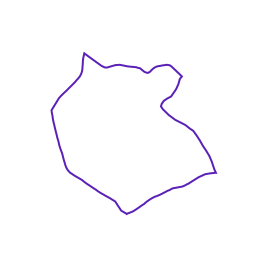 outline of Sibah, Abyan, Yemen, rotated 146°
{"feature_id": "15242507B86075085818798", "entity_name": "Sibah", "entity_type": "district", "adm_level": 2, "iso_a3": "YEM", "parent_name": "Yemen", "parent_adm1": "Abyan", "projection": "natural_earth1", "projection_center": [45.411, 13.815], "detail": "fine", "context": "isolated", "style": "outline", "palette": "violet", "viewbox_px": 256, "rotation_deg": 146, "n_neighbors": 0, "source": "geoboundaries", "source_scale": "gbopen_adm2", "svg_char_len": 2505}
<svg xmlns="http://www.w3.org/2000/svg" viewBox="0 0 256 256"><g transform="rotate(146 128 128)"><path d="M115.5,49.0L112.0,48.4L110.3,48.4L109.7,48.1L96.9,47.7L89.8,46.5L85.8,44.7L83.3,43.4L80.7,42.1L80.2,41.7L79.9,43.3L79.6,45.2L77.3,53.5L76.2,59.4L76.1,61.5L75.9,65.5L75.9,71.4L75.4,77.5L75.4,78.8L75.3,83.5L75.5,89.2L77.1,93.1L78.8,98.5L81.3,103.0L84.3,108.4L86.9,115.8L88.6,123.9L88.6,127.5L86.6,129.1L83.1,130.5L78.9,130.5L74.7,130.0L70.9,131.5L69.3,132.1L66.0,133.5L61.7,136.2L57.7,139.6L54.5,140.6L54.9,142.6L55.3,144.6L55.8,146.7L56.2,148.7L56.7,150.8L57.1,152.7L57.6,154.8L58.3,156.6L59.6,157.9L61.0,159.0L62.6,159.7L64.6,160.7L66.4,161.4L68.0,162.2L69.9,162.9L70.3,163.0L71.7,163.2L73.6,163.2L74.5,163.1L76.3,162.8L78.5,162.3L80.4,162.5L80.5,162.5L81.5,163.2L83.0,165.4L84.0,168.6L84.6,170.8L86.1,172.3L87.2,173.8L94.0,179.4L96.0,181.5L99.5,185.0L103.3,187.2L108.2,188.8L111.5,189.8L113.5,191.3L115.3,194.5L118.4,203.0L119.1,204.9L122.5,214.3L123.2,213.7L124.6,212.3L126.1,210.9L127.7,209.0L128.9,207.5L130.0,206.0L131.2,204.5L132.8,202.5L134.2,200.9L135.7,199.7L137.1,198.7L138.9,197.8L140.6,197.2L142.5,196.7L144.3,196.3L146.1,195.7L147.8,195.4L149.7,195.0L151.7,194.6L153.5,194.3L155.6,193.9L157.4,193.5L159.1,193.2L161.2,192.9L162.9,192.6L165.0,192.2L166.8,191.8L168.0,191.5L168.9,191.2L181.4,185.5L182.4,183.7L183.2,181.8L184.0,179.9L185.0,178.0L185.8,176.1L186.7,173.9L187.3,172.1L188.2,169.9L188.9,167.9L189.6,166.1L190.5,163.6L191.3,161.3L192.1,159.3L192.7,157.2L193.5,154.9L194.3,153.0L194.9,151.2L195.5,149.1L196.1,146.9L196.6,144.5L197.2,142.6L198.0,140.5L199.1,137.3L199.7,135.3L200.3,133.5L200.9,131.5L201.3,129.4L201.5,127.3L201.3,125.3L201.0,123.3L200.1,121.3L199.4,119.4L198.6,117.6L197.7,115.8L196.8,113.9L195.9,112.1L195.1,110.3L194.5,108.2L193.8,106.2L193.1,104.2L192.3,102.5L192.1,101.9L191.6,100.7L190.7,98.5L189.8,96.3L189.0,94.5L189.0,94.4L188.3,92.4L187.4,90.3L187.3,90.0L186.6,88.6L185.7,86.8L184.7,84.7L183.5,82.4L182.3,80.1L181.6,78.4L180.6,76.3L179.7,74.3L179.7,72.2L179.8,70.1L179.8,68.0L179.8,65.6L179.8,65.2L179.9,63.5L178.1,59.6L177.3,58.1L177.2,57.4L176.3,57.4L174.3,56.9L172.6,56.5L170.6,56.1L168.5,56.0L166.6,56.0L164.8,56.0L162.9,56.0L161.0,56.1L159.0,56.1L157.1,56.0L155.4,56.3L153.0,56.5L150.7,56.5L148.6,56.5L146.6,56.3L144.5,56.1L142.4,55.5L140.5,55.1L140.4,55.1L138.3,54.7L136.5,54.5L135.1,54.3L134.6,54.3L132.7,54.0L130.8,53.9L128.7,53.4L126.8,53.2L125.6,53.1L125.0,53.1L115.5,49.0L115.5,49.0Z" fill="none" stroke="#5b21b6" stroke-width="2"/></g></svg>